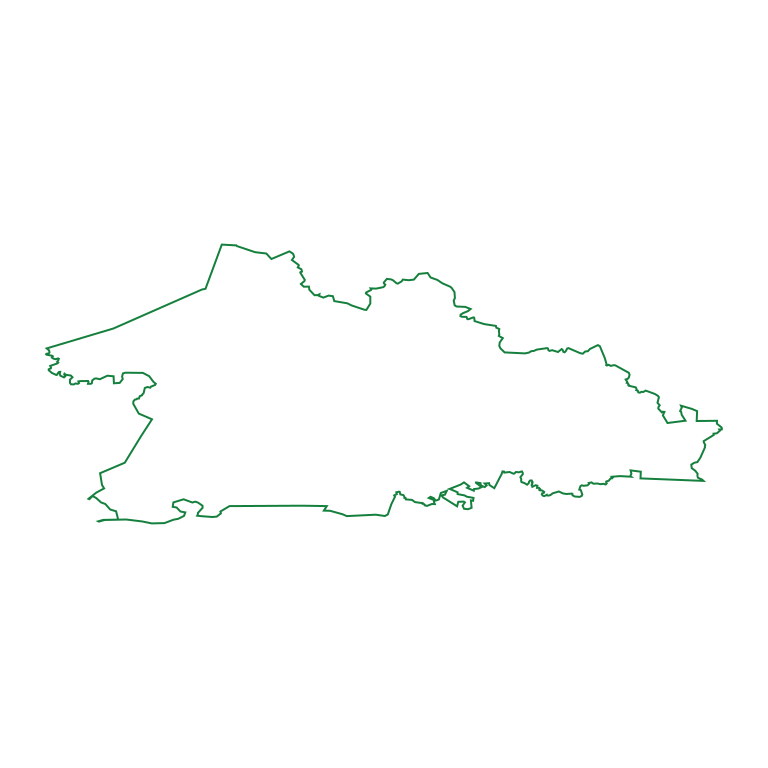 the district of Jumurdas pag., Erglu, Latvia
{"feature_id": "27541924B12132010316150", "entity_name": "Jumurdas pag.", "entity_type": "district", "adm_level": 2, "iso_a3": "LVA", "parent_name": "Latvia", "parent_adm1": "Erglu", "projection": "equal_earth", "projection_center": [25.8, 56.947], "detail": "fine", "context": "isolated", "style": "outline", "palette": "green", "viewbox_px": 768, "rotation_deg": 0, "n_neighbors": 0, "source": "geoboundaries", "source_scale": "gbopen_adm2", "svg_char_len": 6063}
<svg xmlns="http://www.w3.org/2000/svg" viewBox="0 0 768 768"><path d="M255.2,252.2L236.9,246.1L236.4,245.4L221.8,244.6L205.5,288.8L202.0,289.5L113.4,328.5L46.7,348.4L49.1,350.4L49.5,352.5L48.8,353.4L46.5,353.8L46.1,354.2L46.6,354.7L52.3,355.8L52.8,356.3L51.9,357.6L53.6,358.7L55.7,359.2L58.1,358.4L58.8,358.8L58.2,360.5L57.2,361.6L57.3,362.3L58.1,362.7L57.5,363.4L50.2,365.9L51.1,367.7L50.9,368.3L48.7,369.3L48.7,370.2L51.8,372.9L56.3,375.0L57.1,374.7L57.8,373.2L59.1,371.9L60.2,371.9L59.7,373.9L60.4,375.7L64.0,377.4L65.3,376.2L64.2,374.5L64.5,373.7L65.9,374.8L70.8,375.5L72.5,377.2L69.9,379.7L70.0,383.0L71.0,384.3L73.8,384.4L75.4,383.5L78.1,383.8L79.0,383.1L78.4,381.4L80.4,381.1L88.1,381.0L88.5,381.8L88.0,383.8L90.9,383.8L91.9,383.1L92.2,380.5L94.4,378.7L96.0,378.4L99.9,379.2L107.4,375.7L113.6,376.3L113.9,383.3L119.7,382.9L122.7,379.1L122.1,376.4L123.0,373.4L125.3,372.7L142.9,372.9L149.2,376.2L153.4,381.8L155.8,383.8L155.2,384.9L151.0,386.6L150.3,387.7L147.4,387.0L144.8,388.0L143.6,393.2L142.2,394.6L142.1,395.3L139.8,396.1L139.0,398.5L137.1,398.6L136.7,399.2L134.8,399.7L133.4,401.3L133.3,402.1L133.3,403.9L138.8,413.6L152.0,419.3L140.9,436.4L124.8,462.7L100.1,473.2L102.0,485.0L104.1,488.4L96.2,492.7L88.5,498.8L89.4,499.2L92.5,496.0L96.2,498.0L101.0,502.4L105.3,504.0L110.2,509.5L116.1,511.3L118.0,518.9L117.9,519.6L103.2,519.9L98.3,521.3L98.9,521.6L104.6,520.0L126.2,519.5L142.5,521.5L151.7,523.4L164.5,523.1L173.5,519.7L178.3,518.8L184.0,515.9L185.3,512.4L180.4,511.5L176.6,507.5L172.7,506.8L173.4,502.4L183.6,499.3L192.4,502.5L195.0,501.7L196.1,501.9L198.0,502.6L202.5,505.7L202.6,507.8L198.0,512.8L197.8,514.7L197.2,515.7L201.6,516.2L212.5,517.0L216.8,516.6L220.9,513.4L220.4,511.5L229.5,506.1L302.4,505.7L326.8,506.1L323.9,510.6L330.1,510.8L342.7,514.3L346.7,516.1L375.7,514.7L384.8,516.0L387.8,514.5L391.3,504.3L395.0,496.7L394.2,495.4L396.8,494.1L396.3,492.3L399.0,491.7L399.7,491.8L400.3,494.4L403.4,495.1L404.3,496.5L404.4,497.9L405.6,498.0L405.8,499.4L412.0,499.9L415.0,502.1L421.4,503.0L422.5,503.7L422.8,503.2L424.7,504.7L424.7,505.3L427.0,505.9L431.9,504.0L434.8,504.1L433.9,501.7L434.8,500.4L428.8,498.0L430.5,496.8L433.7,498.1L435.7,500.5L436.8,500.3L438.9,499.4L440.8,493.0L446.8,490.8L444.9,494.7L441.4,495.4L443.1,497.5L457.1,506.3L458.3,501.8L463.8,501.6L464.9,502.4L462.6,505.7L464.1,508.8L468.1,509.2L471.6,507.8L470.9,500.4L473.1,500.8L473.5,497.9L466.8,496.7L464.5,495.4L457.6,494.1L457.6,492.3L449.7,488.9L460.6,484.6L464.0,482.4L469.2,486.2L467.1,487.8L473.8,490.7L474.0,489.1L478.6,488.5L481.6,487.1L475.3,482.3L480.5,483.1L480.8,485.4L484.7,487.1L486.6,485.5L484.7,483.5L489.1,483.2L489.4,485.0L494.3,488.2L501.7,473.9L502.5,471.4L504.1,471.6L504.3,472.6L509.6,472.0L513.5,473.7L514.4,473.5L515.9,472.0L518.9,472.3L521.9,471.4L522.8,473.1L522.8,474.2L520.4,477.2L521.3,479.2L521.1,480.8L521.5,482.1L524.3,483.0L527.1,484.7L528.7,483.2L529.0,481.8L530.0,480.6L531.6,480.4L532.6,482.1L531.9,482.7L532.4,483.9L531.6,484.9L532.3,486.8L535.7,485.2L537.4,485.7L537.0,487.9L539.0,487.9L540.0,488.9L539.3,489.9L540.0,490.4L541.7,490.3L544.2,491.9L543.9,492.8L542.1,493.4L541.8,494.5L543.0,495.8L544.3,496.1L546.8,494.8L547.0,495.4L548.5,495.6L550.4,495.1L552.7,493.3L558.9,491.5L562.9,493.4L566.3,494.0L571.9,493.6L572.4,493.8L572.5,495.3L574.7,496.5L579.6,496.9L581.7,495.9L582.3,494.6L580.8,490.1L579.3,489.6L580.4,486.2L581.8,485.3L583.7,485.8L587.6,485.3L589.2,483.7L588.8,483.0L591.5,482.4L593.4,483.7L597.6,483.5L600.3,484.2L603.6,483.8L605.6,484.5L606.7,483.5L606.1,482.0L606.4,481.4L608.6,480.8L610.6,478.5L611.9,478.3L611.7,477.9L612.3,477.6L612.1,477.4L613.1,477.0L612.6,476.7L619.8,476.1L631.1,476.7L630.3,476.1L631.4,473.8L630.6,470.4L640.8,471.7L640.5,478.4L703.5,480.9L702.1,479.6L697.9,477.7L697.4,475.6L697.6,473.7L695.2,470.7L691.7,468.1L691.3,464.6L694.4,462.7L697.4,462.1L700.4,457.6L705.0,447.3L704.8,446.2L705.3,445.0L703.8,442.3L703.7,441.1L713.7,435.0L713.5,433.7L716.9,433.3L720.0,430.6L719.3,429.5L721.8,429.4L721.9,428.9L721.6,427.5L716.9,423.7L717.0,420.8L696.7,421.0L697.1,411.1L691.9,408.9L681.0,405.7L681.8,407.6L680.1,411.0L681.1,411.7L681.7,414.8L685.5,420.7L667.5,423.0L662.9,415.4L664.4,411.9L662.9,411.7L661.9,412.4L658.3,408.6L658.4,407.2L659.7,405.3L657.5,402.8L658.9,397.2L657.9,395.8L654.7,393.9L645.7,390.6L643.2,392.0L641.4,391.8L639.9,392.7L638.3,392.4L637.8,390.7L636.3,390.2L636.7,389.5L635.8,387.4L628.7,385.7L628.3,385.1L628.7,384.7L627.6,382.9L626.8,382.8L627.2,381.8L625.7,379.5L627.6,378.9L628.8,377.6L629.6,374.8L628.8,372.8L615.2,365.3L613.5,365.2L610.8,365.9L608.7,364.8L607.0,365.5L606.2,365.1L606.5,364.0L604.8,358.1L599.9,346.3L597.9,345.1L589.9,349.0L587.9,351.2L585.2,351.5L582.8,353.7L580.0,353.1L568.4,348.1L567.2,348.5L565.8,351.1L564.6,352.3L563.4,351.9L562.5,349.6L561.6,349.1L558.0,352.0L552.2,350.2L549.4,350.9L548.4,350.1L547.9,348.5L547.1,348.1L536.8,349.6L533.9,350.9L531.1,351.2L529.2,352.5L524.9,353.4L504.6,352.4L500.4,348.3L499.3,345.9L499.7,342.5L502.8,338.1L498.8,335.9L499.3,334.2L498.9,331.2L499.3,329.0L496.3,327.7L495.9,325.9L484.2,324.1L474.6,321.1L474.2,317.7L473.3,317.4L468.5,319.2L467.4,319.1L466.5,316.9L462.0,316.8L460.4,316.1L460.6,314.7L463.1,313.1L468.0,311.1L470.6,309.0L465.3,306.9L456.6,306.5L454.7,305.4L453.7,300.6L454.9,298.1L454.5,292.1L451.7,288.0L450.4,286.8L442.4,283.3L437.3,279.9L430.6,277.5L427.6,273.0L418.8,273.9L413.9,279.6L408.8,280.2L402.8,279.6L401.6,281.4L397.8,283.6L396.6,283.3L392.9,280.2L391.0,279.4L386.9,278.9L383.8,282.5L383.9,283.3L385.3,284.7L384.3,286.4L383.1,287.2L376.1,288.6L370.6,288.4L371.3,289.5L370.9,290.1L366.2,292.4L365.9,293.5L370.3,296.6L370.3,303.6L366.4,309.9L364.3,309.7L351.5,305.4L347.3,303.3L334.3,301.1L332.9,296.2L328.6,295.6L323.4,297.6L319.0,295.9L319.4,294.3L317.5,295.1L314.5,295.2L309.4,289.8L308.9,286.6L303.8,286.7L300.9,284.0L304.4,281.1L304.8,279.9L300.3,272.7L300.3,272.3L302.0,271.6L301.4,269.3L297.8,267.4L298.8,265.6L298.6,264.9L291.9,260.0L294.1,256.9L293.5,254.7L292.9,253.6L289.4,251.4L271.4,259.0L266.3,253.5L255.2,252.2Z" fill="none" stroke="#15803d" stroke-width="2"/></svg>